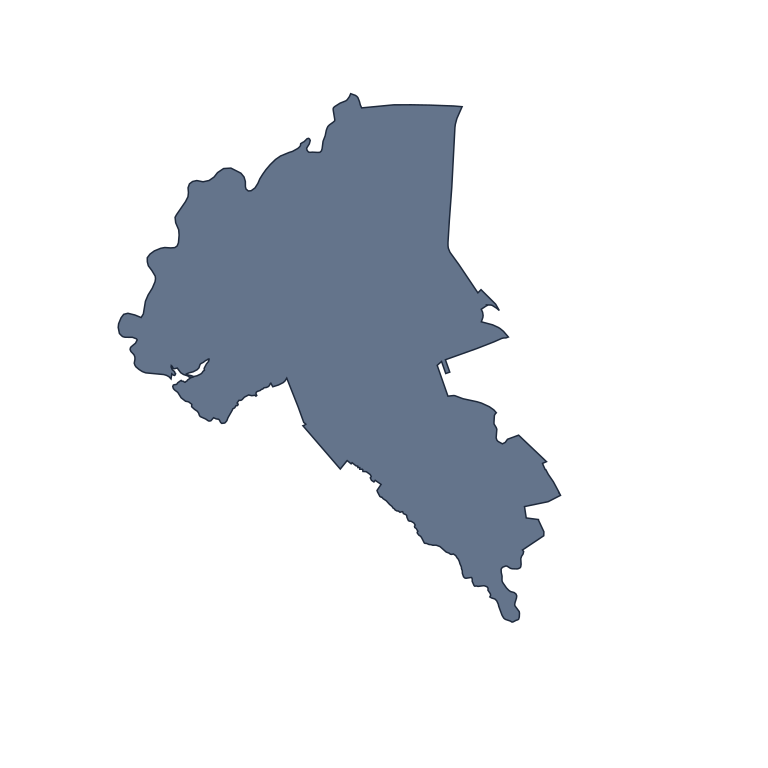 Canterbury-Bankstown, New South Wales, Australia, rotated 60°
{"feature_id": "25037944B74578967995842", "entity_name": "Canterbury-Bankstown", "entity_type": "district", "adm_level": 2, "iso_a3": "AUS", "parent_name": "Australia", "parent_adm1": "New South Wales", "projection": "orthographic", "projection_center": [151.073, -33.924], "detail": "fine", "context": "isolated", "style": "filled", "palette": "slate", "viewbox_px": 768, "rotation_deg": 60, "n_neighbors": 0, "source": "geoboundaries", "source_scale": "gbopen_adm2", "svg_char_len": 6170}
<svg xmlns="http://www.w3.org/2000/svg" viewBox="0 0 768 768"><g transform="rotate(60 384 384)"><path d="M654.2,392.2L654.6,391.0L654.7,387.9L655.1,386.1L655.0,385.0L653.4,383.3L650.3,381.3L648.7,380.7L641.8,381.5L640.7,381.3L639.0,380.0L635.6,376.3L633.9,375.0L631.8,374.7L629.6,375.6L627.1,378.1L625.0,379.1L621.9,379.9L616.1,380.4L614.3,380.4L612.9,379.9L609.4,377.8L605.9,376.7L603.0,375.2L602.4,374.2L602.0,372.9L602.5,369.5L603.3,368.5L606.8,366.7L608.1,365.4L610.8,361.0L611.1,360.0L611.2,357.9L610.7,357.0L608.7,355.4L603.7,352.9L601.9,350.9L600.8,348.6L598.9,346.8L597.0,347.1L595.3,321.5L591.9,319.4L579.1,318.3L578.6,318.0L571.1,327.8L560.4,323.6L568.0,300.7L568.7,286.8L567.0,286.7L565.7,287.0L565.6,286.6L553.4,286.2L544.4,286.9L539.0,286.7L538.6,287.2L534.0,286.7L532.0,286.4L532.5,282.1L495.6,293.0L493.6,304.7L495.2,308.2L495.0,311.4L490.8,313.9L489.2,314.3L486.7,313.8L479.6,308.9L477.8,308.6L473.7,308.7L472.3,308.0L466.4,304.1L465.4,302.4L465.1,301.1L461.4,301.8L456.4,304.1L449.3,309.1L445.8,312.4L436.3,322.9L429.4,328.6L428.7,329.7L426.5,334.7L394.4,328.6L393.3,322.9L405.8,325.3L406.6,321.1L393.7,318.7L399.7,285.9L402.5,267.6L403.4,259.2L404.0,257.3L405.1,255.2L405.5,252.8L398.1,254.2L394.1,255.7L392.2,256.7L387.1,260.3L378.8,268.6L375.8,265.1L374.2,263.9L371.1,262.7L367.9,262.4L367.5,256.6L367.6,255.3L366.9,255.4L369.2,251.8L370.0,251.0L374.6,248.6L378.0,247.4L370.7,247.4L350.8,252.8L352.0,257.1L318.3,259.4L302.9,261.0L298.6,260.4L296.4,259.5L293.4,257.8L275.6,246.0L247.8,227.1L197.3,194.3L194.8,192.4L190.5,188.1L182.9,177.7L178.1,184.6L165.3,205.0L155.8,220.8L147.0,236.2L133.7,265.3L130.6,265.0L127.0,264.0L122.9,263.4L121.4,263.7L119.8,264.4L115.9,267.7L117.8,270.2L119.4,273.7L119.7,275.5L118.8,281.6L119.1,288.2L119.5,289.6L120.3,290.5L121.8,291.2L130.3,294.4L131.4,295.1L131.8,296.8L132.3,301.7L132.9,303.8L133.9,305.3L135.4,307.1L139.6,310.8L143.3,315.4L149.2,319.9L150.8,321.6L151.3,323.7L150.3,325.6L147.4,330.1L146.4,332.2L145.4,333.4L143.2,333.8L141.1,333.1L138.7,328.6L136.2,326.1L134.7,326.0L133.6,326.4L133.1,327.9L134.2,332.1L134.1,333.6L134.2,336.0L135.8,337.2L136.4,338.5L136.9,340.9L136.8,347.0L136.0,350.5L134.8,359.6L135.3,365.7L137.1,372.8L139.4,379.2L141.6,384.0L144.2,388.9L147.2,392.9L149.7,397.7L150.2,402.4L149.0,405.0L146.2,406.0L143.9,405.4L139.3,402.8L134.7,401.7L129.9,402.5L120.5,408.6L117.2,415.2L117.7,422.5L119.8,427.7L120.3,433.7L118.4,439.6L114.2,444.4L112.9,448.6L113.4,452.4L116.1,455.6L120.5,457.7L123.8,460.1L126.8,464.7L133.6,479.0L135.2,481.6L140.2,483.8L147.8,484.7L152.6,487.0L158.9,491.4L161.0,494.1L161.3,496.9L159.5,500.7L156.2,505.6L154.8,509.6L153.9,516.4L154.5,521.7L156.3,525.9L159.9,527.9L163.8,529.0L169.8,528.3L176.2,528.2L178.5,529.2L180.9,531.1L185.2,536.8L188.9,543.7L193.0,549.2L203.0,557.4L205.0,561.1L199.7,565.2L194.7,570.4L193.5,574.6L195.2,578.6L199.1,583.7L202.1,585.9L208.0,587.9L211.2,587.1L212.6,586.4L214.1,584.8L217.8,578.5L221.1,575.8L222.4,575.7L224.4,578.8L225.3,584.3L226.0,585.7L227.3,586.7L229.4,586.9L233.6,585.9L235.9,586.2L237.9,587.2L241.1,589.9L243.0,590.3L245.0,590.3L248.9,588.9L252.4,587.1L255.2,584.8L265.7,570.0L267.7,568.1L270.1,566.6L273.1,565.9L269.1,562.7L270.6,562.2L271.8,561.3L271.9,560.8L271.0,559.4L270.6,559.2L269.9,559.6L268.5,559.2L266.0,560.2L264.9,560.2L262.7,559.8L261.7,559.0L262.9,558.6L265.2,558.7L265.6,558.5L266.1,557.5L266.8,555.1L272.6,554.4L275.5,552.9L278.0,550.7L277.7,549.8L276.5,550.1L276.5,549.8L276.9,547.0L278.0,543.3L278.2,538.7L277.5,536.2L275.1,533.5L274.8,532.6L274.9,529.5L274.5,526.7L274.7,524.9L274.5,523.9L274.7,523.3L275.0,523.0L276.7,524.6L277.9,527.8L280.3,531.6L280.9,532.2L282.3,532.6L282.5,534.3L283.4,536.1L283.7,537.5L283.4,541.8L282.6,544.4L282.0,545.5L280.6,546.5L278.3,549.0L278.4,549.8L279.0,549.9L279.6,549.7L280.6,549.2L282.2,547.4L282.0,548.3L282.2,550.8L282.3,552.1L282.9,553.3L282.8,554.3L283.1,555.3L282.7,555.9L281.4,556.3L280.4,557.7L279.6,557.7L279.4,558.1L279.8,562.0L280.6,563.8L279.7,566.1L279.6,567.0L280.5,568.2L282.7,568.7L284.6,568.3L288.1,566.8L294.5,566.6L299.7,564.5L301.7,562.2L305.5,560.6L307.1,561.8L307.7,561.9L311.2,560.8L314.3,559.3L316.4,559.1L319.0,559.6L320.4,559.4L325.1,556.0L328.2,554.5L328.7,553.9L329.3,552.4L328.0,548.4L330.2,546.9L331.9,544.8L333.0,544.6L335.6,544.7L337.0,544.2L338.1,541.6L338.1,540.9L337.2,538.4L335.2,536.0L331.0,528.8L329.9,527.3L330.0,525.3L328.7,522.8L329.4,521.8L329.0,520.7L328.3,520.4L327.0,520.7L325.6,517.9L326.6,516.1L326.6,514.7L325.6,511.5L325.8,506.7L328.0,504.4L329.2,501.5L330.5,501.0L330.3,499.9L328.5,499.8L327.3,498.8L327.1,497.4L327.7,494.5L327.4,492.9L327.7,491.5L327.3,489.7L328.2,487.6L328.4,485.8L328.4,485.1L327.7,483.5L326.7,482.1L326.7,481.6L330.8,481.7L332.1,475.9L332.4,470.6L331.9,468.3L330.3,465.3L360.8,469.8L377.1,472.7L379.7,471.8L379.9,473.4L379.6,475.1L435.8,464.4L431.9,454.2L436.7,452.4L436.2,451.0L440.8,449.2L442.1,447.8L443.3,448.4L444.3,446.8L445.7,447.6L447.1,445.3L447.5,445.2L449.2,446.0L451.1,443.2L455.5,441.2L457.8,441.3L458.4,442.8L461.2,443.0L463.8,441.7L463.0,439.8L469.5,436.7L472.7,443.3L474.2,443.6L479.3,443.8L480.7,443.0L480.8,442.5L482.9,442.1L486.3,440.4L491.1,439.4L494.2,438.2L495.6,438.3L497.5,437.4L498.6,437.4L500.4,436.3L501.2,435.1L503.1,434.3L503.6,432.1L504.0,431.7L505.9,432.0L508.1,430.4L509.2,430.1L510.9,430.8L514.5,431.2L515.4,430.6L516.4,429.2L519.2,427.6L521.6,427.5L522.0,427.8L522.4,428.7L523.7,429.1L525.1,428.4L528.5,428.3L529.0,429.4L529.9,429.7L532.3,429.4L534.3,428.4L536.3,428.3L541.8,428.6L542.4,428.3L543.4,426.8L545.5,425.3L546.6,423.7L548.0,422.4L549.7,419.4L552.8,416.8L560.6,414.2L562.9,412.3L564.6,411.6L565.4,410.6L565.9,408.9L568.5,407.7L571.4,407.6L572.6,407.3L575.3,407.5L577.6,408.1L581.2,408.5L582.6,409.2L584.9,409.6L587.1,410.8L590.7,411.5L592.3,411.1L593.2,410.2L595.2,405.1L595.8,404.9L597.0,405.1L599.0,406.3L603.6,406.8L604.5,406.5L605.1,405.0L606.3,403.8L608.4,398.8L608.9,398.0L611.1,396.2L612.9,396.0L614.6,397.1L618.9,396.8L620.3,397.3L621.3,398.8L623.0,397.9L625.6,395.5L628.1,394.8L631.7,395.1L633.9,395.8L643.2,397.4L645.4,397.4L646.9,397.3L648.5,396.6L652.5,393.1L654.2,392.2Z" fill="#64748b" stroke="#1e293b" stroke-width="1.5"/></g></svg>